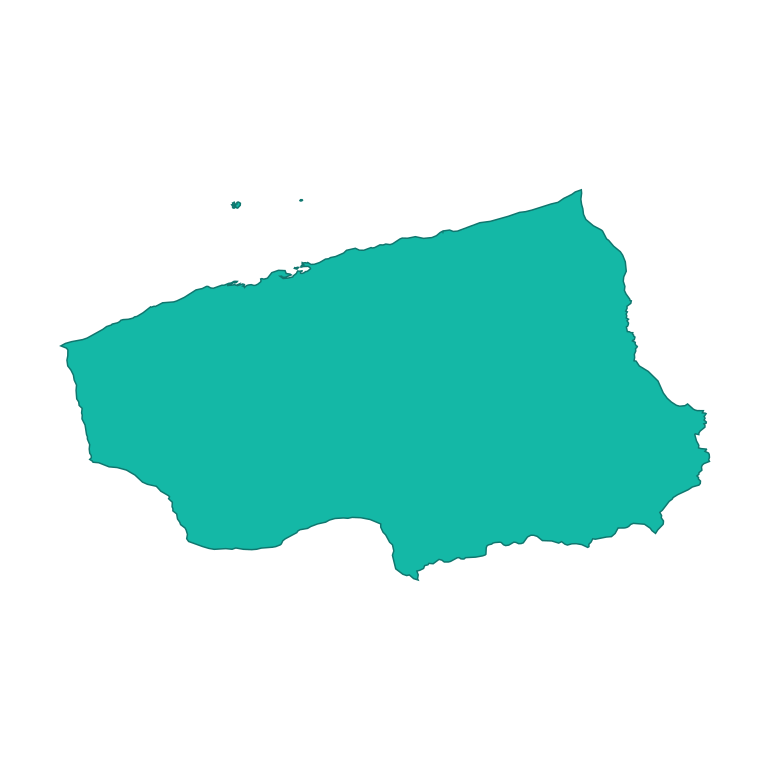 Afabet, Semenawi Keyih Bahri, Eritrea, rotated 263°
{"feature_id": "51966322B88342452003506", "entity_name": "Afabet", "entity_type": "district", "adm_level": 2, "iso_a3": "ERI", "parent_name": "Eritrea", "parent_adm1": "Semenawi Keyih Bahri", "projection": "equal_earth", "projection_center": [38.928, 16.403], "detail": "fine", "context": "isolated", "style": "filled", "palette": "teal", "viewbox_px": 768, "rotation_deg": 263, "n_neighbors": 0, "source": "geoboundaries", "source_scale": "gbopen_adm2", "svg_char_len": 6140}
<svg xmlns="http://www.w3.org/2000/svg" viewBox="0 0 768 768"><g transform="rotate(263 384 384)"><path d="M513.8,317.4L513.1,318.1L512.1,317.1L512.5,318.6L512.0,319.0L511.8,317.0L511.1,316.1L510.1,315.9L510.4,318.5L510.0,323.0L508.6,324.7L507.3,325.1L505.1,321.5L505.1,319.7L504.2,318.4L503.7,316.2L504.0,314.7L505.5,314.8L506.4,317.1L506.2,314.2L506.7,312.0L504.4,310.5L502.5,307.3L501.4,306.5L500.8,301.4L501.0,296.7L503.6,294.0L503.5,295.6L502.4,296.2L501.9,298.8L503.6,305.2L504.5,304.2L505.6,300.4L508.6,299.6L509.7,293.1L508.2,286.2L503.2,281.2L502.7,277.5L503.5,275.6L503.3,274.4L501.3,274.5L500.3,273.9L498.5,271.0L497.6,268.3L497.7,266.8L498.8,264.3L498.8,261.4L498.3,259.3L496.8,257.3L497.7,257.1L498.4,255.8L499.0,257.3L499.7,257.6L500.5,255.9L499.5,250.6L499.7,250.1L500.2,252.3L501.0,252.9L500.0,249.4L501.0,247.5L500.6,246.2L500.8,240.9L501.6,241.1L502.1,242.3L501.7,244.6L503.0,246.9L502.5,248.6L502.8,250.0L503.7,250.9L504.1,248.7L504.1,247.5L502.9,244.7L502.8,242.0L501.5,237.3L501.8,235.1L499.8,226.2L500.5,223.6L502.3,221.2L502.5,219.7L500.9,215.3L500.3,208.9L494.3,196.3L491.7,188.4L491.1,185.2L491.6,174.2L488.8,166.5L489.2,165.3L488.6,162.2L489.0,161.7L484.1,153.6L481.2,147.1L481.0,144.6L480.0,142.8L479.4,138.1L479.7,132.9L479.3,130.5L478.1,129.2L477.2,126.9L476.6,121.5L475.8,120.6L474.8,115.6L472.5,111.6L465.8,95.0L464.8,90.4L464.1,79.0L463.1,72.7L461.2,67.9L458.3,73.2L456.3,74.4L450.6,73.6L446.3,72.2L440.5,72.3L435.9,75.0L430.7,76.8L425.7,77.0L420.4,78.7L415.2,77.6L406.7,77.2L403.5,78.8L399.9,78.8L396.6,81.4L392.1,80.3L390.0,80.7L386.2,80.0L379.7,82.3L370.0,82.6L367.8,83.2L365.6,82.9L359.7,84.5L355.4,83.5L351.2,83.5L348.6,84.7L346.4,84.5L345.0,82.7L343.1,85.0L341.8,85.7L340.6,91.3L335.3,101.0L333.6,109.0L330.0,117.8L324.0,125.7L316.1,132.3L313.3,136.9L310.2,145.6L304.7,149.5L299.5,156.4L298.1,157.4L296.4,156.2L292.4,159.5L288.0,158.7L286.0,159.3L283.8,159.0L280.3,162.4L275.2,162.6L271.8,164.4L269.2,165.0L265.3,169.0L263.2,169.8L258.7,170.6L254.5,169.3L251.5,170.9L244.7,184.3L242.1,190.3L240.6,195.3L239.9,206.9L238.5,213.1L239.3,216.9L237.1,224.2L235.7,232.6L235.5,237.5L236.1,242.2L235.6,253.3L235.8,256.8L237.0,261.5L237.8,262.6L240.8,264.5L242.4,267.2L247.1,279.3L248.6,280.6L249.6,282.8L250.0,290.6L251.5,294.0L253.2,301.0L254.0,309.3L255.6,313.2L256.5,319.0L256.0,327.4L255.1,331.8L255.5,336.2L254.1,344.7L251.2,353.7L245.5,363.7L242.3,363.3L237.0,365.0L234.0,367.3L226.3,370.3L223.4,372.8L217.1,373.4L213.0,371.5L199.1,373.1L192.9,379.5L191.1,383.2L191.4,385.9L187.2,389.7L185.3,394.0L186.7,393.6L190.4,394.7L194.3,393.8L194.7,396.8L196.1,400.8L198.8,402.2L199.2,405.6L200.5,406.7L199.6,410.9L203.2,417.2L202.2,419.9L200.0,422.1L199.5,426.2L199.8,428.4L202.6,435.5L202.5,437.5L201.1,439.0L200.7,440.8L200.6,442.2L201.7,443.8L201.0,453.9L201.4,461.0L202.0,463.6L202.6,464.4L208.9,465.5L210.6,466.3L211.6,468.0L212.0,471.4L212.8,472.7L213.1,474.7L212.9,479.7L212.4,481.1L209.9,483.0L208.8,485.0L208.9,488.2L211.2,493.6L210.7,495.7L209.1,498.2L208.9,500.6L209.4,502.9L214.7,507.8L216.0,511.4L215.6,514.2L214.1,517.5L209.3,522.1L207.8,531.3L204.8,538.0L205.9,541.0L203.0,544.0L201.8,546.4L202.5,551.0L202.1,555.3L200.5,560.7L197.0,566.3L197.6,567.6L199.9,567.8L201.9,570.3L204.9,572.3L204.2,574.9L205.0,586.2L204.8,591.2L207.5,595.2L212.5,598.8L211.8,605.4L212.1,607.7L212.8,609.5L214.6,611.8L215.3,614.5L213.1,625.4L208.4,630.7L205.8,632.1L202.6,635.3L205.9,638.0L210.7,643.9L211.8,644.3L214.0,644.7L217.4,642.9L219.6,643.5L223.0,642.1L224.8,644.9L232.8,652.8L234.5,655.9L236.1,657.2L238.4,662.1L242.0,673.1L244.2,677.5L245.3,684.3L246.7,685.8L249.1,686.3L251.4,684.5L252.8,684.8L254.6,683.4L256.0,685.5L257.6,685.8L259.7,689.0L263.0,689.0L264.8,690.1L266.0,691.9L267.5,697.6L269.2,697.0L271.5,698.1L274.4,698.2L275.9,697.7L278.1,694.3L279.6,696.1L280.1,696.0L281.3,690.6L282.3,688.4L284.8,689.0L289.5,687.2L296.0,686.3L296.6,686.9L295.4,690.3L297.1,690.6L298.8,692.1L302.1,697.3L304.1,697.5L305.5,696.7L305.8,698.9L307.0,699.3L309.2,697.3L310.9,698.5L312.7,697.8L315.3,700.1L315.8,699.5L316.6,696.5L318.6,697.7L319.4,691.7L320.2,689.7L321.3,688.0L327.2,682.9L325.8,680.1L325.9,674.8L327.2,671.7L331.0,667.1L335.4,663.3L341.1,660.1L353.6,656.3L364.3,647.8L370.8,639.6L376.0,637.0L376.6,635.0L379.7,636.0L383.0,636.1L386.0,637.9L388.5,638.0L389.4,639.4L390.5,640.0L391.3,638.9L393.5,638.1L394.7,638.5L396.5,635.8L397.2,636.5L397.4,637.8L400.0,638.8L400.9,637.7L402.1,637.7L403.1,636.8L404.6,637.2L404.9,635.3L405.9,634.0L406.4,631.9L410.9,631.5L411.4,631.7L411.6,632.7L413.2,633.7L414.7,634.1L417.1,632.9L418.5,634.6L420.0,632.5L422.1,633.3L423.9,632.8L426.0,634.3L426.9,632.8L429.5,634.5L431.5,634.6L434.0,638.8L436.4,639.6L436.9,638.4L438.2,638.3L443.9,635.2L447.6,634.0L451.5,635.0L456.8,634.0L461.1,635.0L466.4,638.2L475.9,638.4L482.7,636.6L486.5,634.7L492.8,628.7L499.2,624.5L500.9,622.6L509.1,619.6L510.2,618.7L515.6,611.0L522.7,604.4L528.1,602.7L533.7,602.7L538.3,602.0L543.4,601.9L549.3,603.4L552.7,603.5L551.3,597.2L549.3,593.6L546.3,585.0L543.1,578.9L542.3,571.7L538.6,552.0L537.8,545.5L537.8,539.4L535.3,527.7L532.5,509.5L532.4,498.8L526.8,475.5L527.0,471.3L528.8,467.9L528.7,461.4L528.0,461.1L528.6,461.0L527.5,458.2L524.8,454.1L523.5,449.4L523.7,441.0L526.4,433.1L525.8,425.3L526.6,419.8L526.1,417.7L522.1,409.6L521.6,407.0L522.7,402.8L522.1,400.1L522.6,397.0L520.5,391.2L520.4,389.0L521.0,387.8L519.2,380.3L519.8,375.9L522.2,372.1L521.3,363.1L518.9,359.9L518.4,358.2L516.4,351.4L516.0,346.2L515.1,344.4L515.1,341.1L512.4,334.8L511.3,329.4L511.6,326.0L513.9,323.1L513.4,322.4L514.0,320.6L514.0,318.2L514.5,317.6L513.8,317.4ZM579.3,258.5L577.4,256.6L577.6,255.4L577.1,255.6L576.8,256.6L577.6,258.7L576.5,259.6L576.5,260.3L578.9,263.1L580.9,263.5L582.3,261.8L582.3,260.6L581.8,260.0L580.6,260.0L580.5,258.5L579.3,258.5ZM579.2,257.2L579.7,256.9L580.2,257.8L581.4,258.0L582.7,257.4L582.1,256.7L582.1,255.8L580.5,256.0L580.4,254.7L579.0,255.5L579.2,257.2ZM510.1,313.4L510.4,312.3L510.0,310.6L510.4,309.6L509.7,309.1L508.6,311.6L510.1,313.4ZM576.4,325.5L576.9,325.2L577.1,323.7L576.4,322.9L575.9,323.2L575.8,324.7L576.4,325.5Z" fill="#14b8a6" stroke="#0f766e" stroke-width="1.5"/></g></svg>